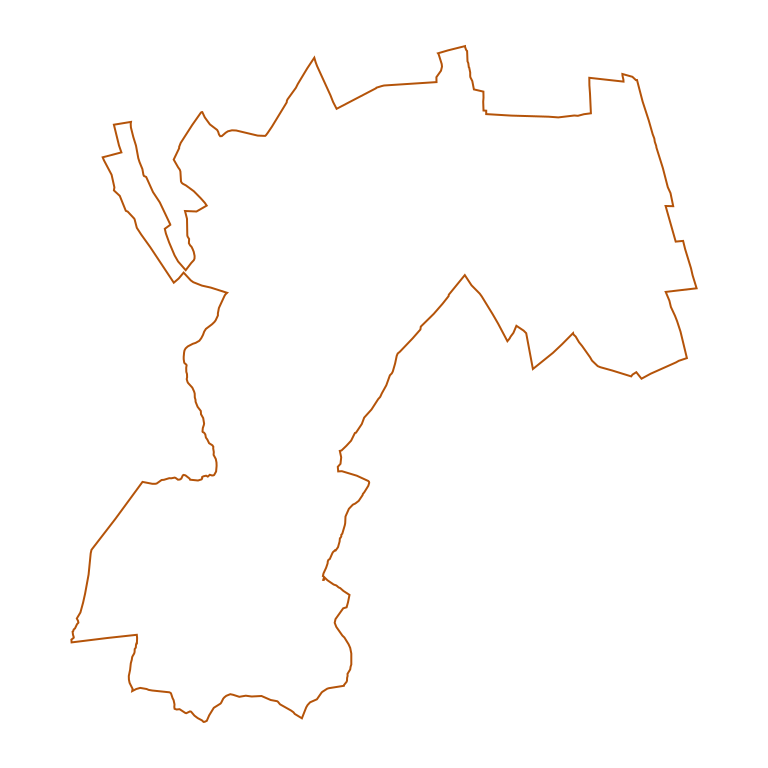 Horlesti, Iasi, Romania
{"feature_id": "2599482B24639761167340", "entity_name": "Horlesti", "entity_type": "district", "adm_level": 2, "iso_a3": "ROU", "parent_name": "Romania", "parent_adm1": "Iasi", "projection": "orthographic", "projection_center": [27.382, 47.099], "detail": "fine", "context": "isolated", "style": "outline", "palette": "amber", "viewbox_px": 768, "rotation_deg": 0, "n_neighbors": 0, "source": "geoboundaries", "source_scale": "gbopen_adm2", "svg_char_len": 6061}
<svg xmlns="http://www.w3.org/2000/svg" viewBox="0 0 768 768"><path d="M637.0,80.0L635.9,80.1L632.4,76.8L622.4,74.0L622.5,75.7L623.4,79.6L623.5,81.6L589.3,77.8L589.4,85.3L590.0,93.6L590.9,113.3L584.0,114.2L577.9,115.8L574.3,115.5L558.3,117.4L548.6,116.7L511.3,115.6L486.2,114.1L486.2,110.7L483.5,110.5L483.2,101.7L483.5,97.7L483.4,91.6L473.9,89.4L472.3,81.1L470.4,77.3L470.2,76.0L470.2,72.5L469.2,67.6L468.8,67.2L468.3,63.2L467.5,61.3L467.1,51.0L466.4,50.3L465.9,49.3L465.0,46.8L465.0,46.1L447.9,50.4L438.0,53.3L438.6,54.1L441.7,64.0L442.0,66.6L441.0,70.7L436.4,77.2L436.5,82.1L384.0,85.5L381.6,86.1L376.4,87.7L376.1,88.2L336.6,108.8L333.1,102.0L330.5,95.4L317.1,66.1L315.6,62.1L314.3,57.7L307.2,68.4L297.8,84.0L295.9,87.8L287.5,99.4L286.9,100.7L286.7,102.4L271.9,126.7L267.7,132.9L265.9,135.3L265.1,135.9L257.7,135.6L236.2,130.5L232.0,130.3L227.9,131.3L225.7,132.7L221.8,136.1L220.2,136.2L219.0,134.5L218.2,131.9L217.2,130.0L209.9,124.4L204.8,117.4L202.3,112.1L201.4,112.2L200.7,112.9L192.2,125.0L180.7,142.9L179.1,147.0L179.2,148.1L173.7,159.6L178.1,167.3L179.8,169.7L180.4,171.5L181.0,181.5L181.8,182.9L182.9,183.8L185.9,185.4L193.8,191.2L200.7,198.2L204.8,202.8L206.7,205.6L196.5,211.5L185.0,211.0L187.0,218.8L187.3,235.3L187.6,236.6L189.1,239.0L188.9,243.2L190.2,245.5L191.4,246.6L192.5,248.8L193.7,251.7L194.6,256.0L194.5,258.6L193.8,260.2L191.2,263.0L185.7,270.2L178.1,261.5L174.6,255.4L169.1,242.4L165.9,233.5L164.8,228.8L170.3,224.8L170.2,224.3L159.8,202.4L153.0,192.1L146.2,177.0L143.9,175.9L143.4,174.7L142.4,169.1L139.5,162.0L138.3,158.2L136.0,145.7L133.3,137.0L130.9,127.4L130.7,123.8L131.0,121.9L113.9,124.7L119.0,145.5L121.4,152.4L102.7,157.3L103.9,160.2L111.6,174.8L114.4,187.4L113.9,190.4L119.8,195.9L125.8,210.8L127.7,211.6L134.2,218.6L134.6,219.3L136.8,227.8L141.3,234.7L150.2,247.1L173.8,282.7L178.7,278.5L183.6,272.6L190.8,280.4L193.3,282.2L201.9,285.6L210.8,287.6L227.1,292.8L225.4,294.4L224.5,295.9L218.9,308.0L217.9,313.3L217.9,315.5L215.6,320.4L214.4,322.0L212.0,324.3L205.9,328.9L204.2,331.6L203.0,334.9L201.2,338.3L199.3,340.8L195.6,342.9L192.8,343.8L187.8,346.4L185.6,348.4L184.5,350.4L184.1,352.4L183.7,356.8L183.7,359.2L184.2,362.5L184.5,363.1L186.3,364.6L186.6,365.3L186.2,367.8L186.3,371.8L187.0,374.1L187.1,377.3L186.7,379.1L187.5,381.9L188.1,383.0L192.3,387.6L194.1,391.5L194.7,393.6L194.8,397.4L195.5,399.8L195.6,401.8L196.0,402.8L197.6,406.8L200.8,411.0L201.0,414.2L203.2,418.1L204.1,423.6L203.8,425.1L202.8,428.1L202.5,431.5L202.7,432.0L204.1,432.7L205.3,434.4L205.9,437.6L207.3,439.5L209.1,443.2L212.4,445.3L213.3,446.7L213.2,448.5L213.8,452.0L213.6,454.9L215.8,459.0L216.5,462.6L216.6,465.9L216.1,471.5L214.2,474.9L213.6,475.3L212.1,475.5L209.8,474.8L207.8,476.6L206.1,475.7L203.4,476.3L202.1,477.1L202.1,478.6L201.5,479.4L198.0,480.5L190.1,479.7L189.6,478.6L185.5,475.4L183.7,474.9L182.8,475.4L181.3,478.6L179.9,479.5L178.0,479.7L175.7,478.0L174.7,477.6L171.3,478.3L169.2,478.2L163.9,479.8L161.6,480.0L156.7,483.5L155.3,483.8L152.3,483.8L142.5,481.9L115.2,519.1L91.5,549.8L90.7,553.3L88.6,574.5L85.1,593.6L83.1,602.6L80.4,612.5L76.8,618.5L78.0,620.8L78.4,622.7L77.0,624.2L75.0,628.4L73.7,629.5L73.2,631.2L72.6,631.7L73.0,634.8L73.8,637.3L73.6,637.9L71.4,639.6L71.6,642.4L107.3,638.0L136.8,634.8L137.1,638.0L136.9,643.4L136.4,643.4L136.0,644.8L135.8,647.6L134.7,649.1L134.6,651.9L134.2,653.4L132.3,656.7L132.0,658.1L131.8,659.7L130.8,663.3L130.1,669.8L128.8,676.0L128.9,679.5L129.6,682.9L132.6,688.9L132.2,691.1L136.3,689.0L140.2,687.9L146.6,689.0L148.7,689.9L152.2,690.5L169.4,692.3L170.7,693.0L171.1,693.7L172.6,698.2L173.6,700.1L174.5,704.4L174.3,707.0L174.6,708.8L176.6,709.5L179.6,709.2L185.4,713.0L186.3,713.2L190.0,711.4L191.1,711.7L194.4,715.6L197.7,718.1L202.0,720.4L203.5,721.9L204.7,721.8L206.8,720.8L209.2,715.3L213.8,707.8L220.5,703.6L221.2,702.7L223.2,698.7L224.3,697.4L226.3,695.8L230.3,694.2L233.1,694.8L239.3,696.8L245.8,695.7L251.6,696.5L261.5,696.0L270.7,700.0L277.1,701.2L277.9,701.7L280.0,704.3L291.0,710.5L293.5,712.3L294.7,713.9L301.9,718.3L306.2,707.4L307.6,705.0L310.1,702.3L316.9,699.3L321.7,692.4L322.7,691.6L327.2,688.7L328.8,688.2L343.9,685.8L344.1,684.9L346.6,681.8L347.0,680.6L347.1,677.9L347.6,675.9L347.5,673.9L350.2,669.4L350.6,666.7L351.3,664.5L351.3,653.5L350.2,647.9L348.6,644.3L344.4,637.5L342.4,635.6L336.3,626.9L334.7,622.8L335.5,619.1L343.2,608.3L346.6,607.3L348.0,602.3L349.5,594.9L343.5,591.0L340.2,588.1L338.6,587.4L336.4,585.5L333.6,584.5L327.5,580.3L324.9,577.8L323.8,580.0L323.2,579.9L324.1,577.3L323.9,576.7L322.9,576.1L323.5,573.4L326.1,567.8L327.6,563.4L327.8,561.3L328.5,559.8L329.8,559.0L332.4,553.1L333.1,552.0L334.2,551.0L335.4,550.6L335.4,550.0L336.0,550.0L338.0,547.2L339.6,541.5L339.9,538.3L340.7,537.6L341.3,536.3L341.3,534.8L342.3,533.7L344.8,525.2L345.2,523.1L345.5,516.5L348.9,508.8L352.8,504.7L355.3,503.5L358.7,500.9L362.6,495.1L362.9,493.9L364.2,492.4L368.3,485.8L369.2,482.8L369.0,481.8L368.3,481.0L356.8,475.7L341.9,471.2L338.2,471.4L337.8,466.8L340.5,463.8L341.2,457.3L339.8,450.9L341.5,450.5L346.4,445.8L351.1,440.7L354.9,433.0L356.0,432.7L361.8,424.0L364.2,417.6L371.5,409.5L378.2,399.1L380.2,396.9L381.8,393.4L386.3,385.3L389.9,375.3L391.8,373.4L392.8,371.5L395.1,363.5L396.7,355.9L397.7,353.5L399.8,351.8L412.6,338.4L420.4,329.5L420.8,326.6L433.7,313.9L442.6,303.7L448.6,296.1L448.8,294.7L464.8,275.1L471.5,285.3L479.7,293.6L481.8,296.5L492.6,314.1L498.1,323.6L507.4,341.2L509.6,338.5L510.6,336.6L513.4,332.9L516.4,325.8L523.6,330.6L526.2,333.2L532.9,369.0L552.9,352.9L562.1,344.2L573.1,333.1L573.4,334.4L575.7,336.6L579.0,342.2L582.1,346.0L590.1,357.3L592.0,360.6L597.7,366.1L600.3,367.2L612.2,370.5L631.2,376.4L632.5,374.6L636.3,372.2L641.5,378.7L650.7,373.7L676.0,362.4L678.8,360.8L686.9,358.1L680.5,331.6L677.1,321.2L675.0,315.8L670.9,307.0L669.4,300.7L665.7,291.9L696.6,288.3L692.6,275.3L691.0,268.3L685.1,249.0L683.1,240.9L675.7,241.6L665.6,206.0L673.2,206.2L670.5,193.1L667.8,187.2L662.9,168.2L656.4,147.5L656.2,145.9L654.8,141.8L654.3,138.5L652.7,134.3L648.8,120.6L642.6,101.5L637.0,80.0Z" fill="none" stroke="#b45309" stroke-width="2"/></svg>